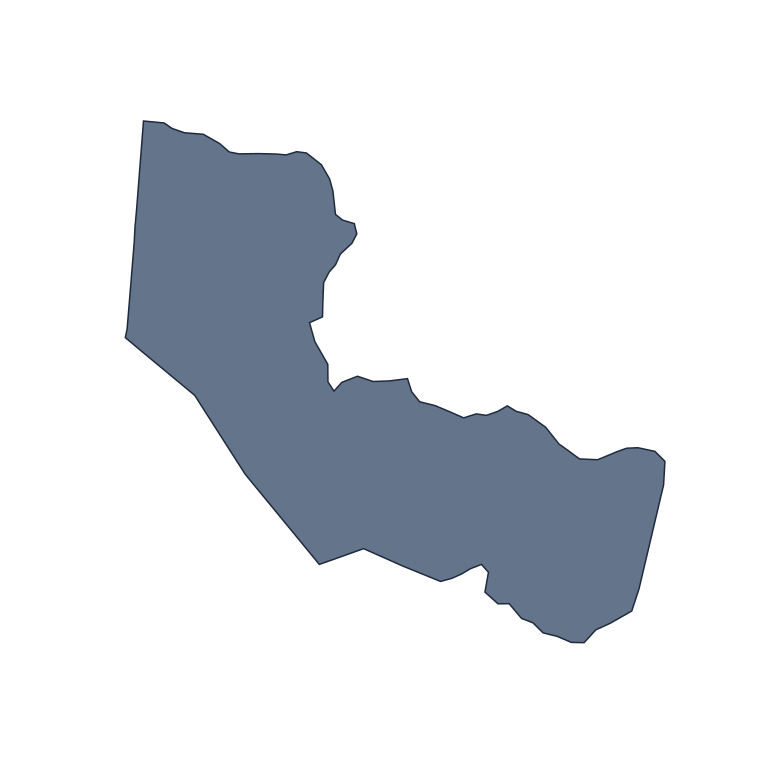 outline of Carpina, Pernambuco, Brazil, rotated 194°
{"feature_id": "56859067B99031054776373", "entity_name": "Carpina", "entity_type": "district", "adm_level": 2, "iso_a3": "BRA", "parent_name": "Brazil", "parent_adm1": "Pernambuco", "projection": "orthographic", "projection_center": [-35.313, -7.827], "detail": "fine", "context": "isolated", "style": "filled", "palette": "slate", "viewbox_px": 768, "rotation_deg": 194, "n_neighbors": 0, "source": "geoboundaries", "source_scale": "gbopen_adm2", "svg_char_len": 1282}
<svg xmlns="http://www.w3.org/2000/svg" viewBox="0 0 768 768"><g transform="rotate(194 384 384)"><path d="M88.7,223.7L87.0,246.7L88.3,353.8L92.7,376.9L104.8,384.2L122.2,383.6L133.0,380.4L141.4,374.8L158.4,362.2L176.2,358.6L189.5,364.1L199.7,368.1L216.6,381.1L236.7,389.2L249.2,389.5L259.1,392.6L266.8,385.1L277.1,378.3L287.3,377.3L298.5,370.4L313.1,372.9L329.2,375.4L345.1,375.4L355.3,383.2L362.5,394.9L379.8,388.2L395.1,383.8L411.6,385.1L425.3,375.4L430.8,365.0L438.9,372.5L443.3,389.5L461.3,408.3L471.1,425.5L459.9,434.3L462.8,447.1L467.1,467.8L464.3,479.4L459.9,487.9L457.8,499.5L449.1,512.9L446.7,523.1L451.6,532.4L463.9,533.0L472.1,536.8L480.2,558.8L486.3,569.7L497.8,581.6L515.2,589.4L524.9,588.3L534.4,582.6L544.6,581.0L561.5,577.2L580.4,572.2L590.3,571.7L601.8,577.6L619.8,582.6L638.4,579.5L651.5,580.7L660.6,584.1L681.0,581.0L678.2,564.4L666.5,494.8L663.3,474.5L660.8,461.9L653.0,414.6L646.6,375.4L646.2,366.4L624.2,355.7L590.7,339.6L564.9,327.2L496.9,262.9L403.1,193.3L364.0,219.3L321.2,211.8L281.4,206.1L271.2,211.8L262.5,218.7L255.6,225.6L245.8,232.5L237.1,226.6L235.7,206.5L220.2,198.3L209.4,201.1L193.8,189.8L181.7,188.3L169.4,181.0L154.8,181.0L139.8,178.6L127.3,181.4L119.0,196.7L106.7,206.5L88.7,223.7Z" fill="#64748b" stroke="#1e293b" stroke-width="1.5"/></g></svg>